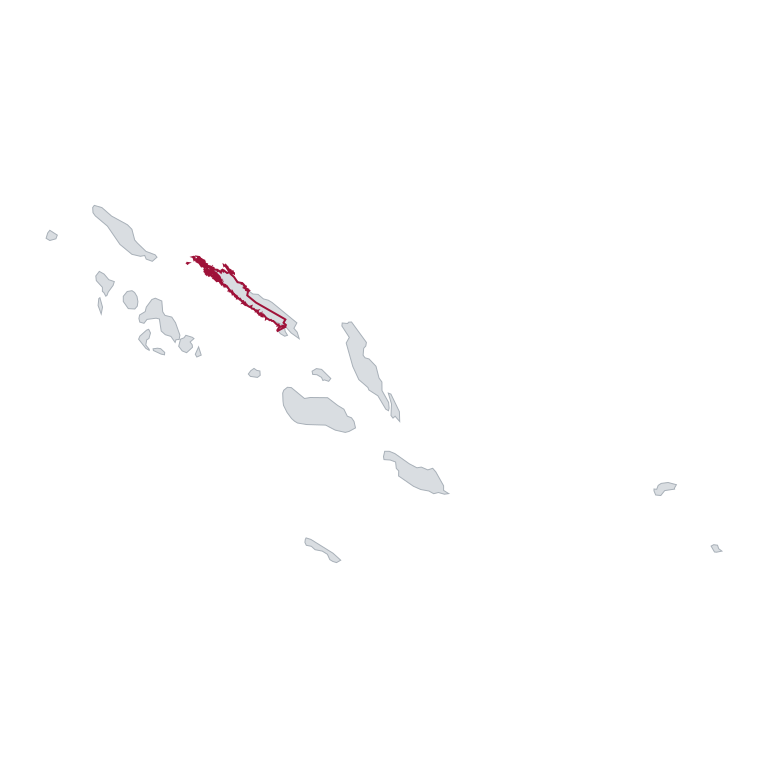 Hograno-Kia-Havulei, Isabel, Solomon Islands shown in context
{"feature_id": "97153195B62958617202697", "entity_name": "Hograno-Kia-Havulei", "entity_type": "district", "adm_level": 2, "iso_a3": "SLB", "parent_name": "Solomon Islands", "parent_adm1": "Isabel", "projection": "robinson", "projection_center": [158.602, -7.881], "detail": "fine", "context": "in_parent", "style": "outline", "palette": "rose", "viewbox_px": 768, "rotation_deg": 0, "n_neighbors": 0, "source": "geoboundaries", "source_scale": "gbopen_adm2", "svg_char_len": 9745}
<svg xmlns="http://www.w3.org/2000/svg" viewBox="0 0 768 768"><path d="M291.3,387.6L304.5,398.5L310.2,397.5L327.6,397.7L337.9,405.6L343.9,409.2L347.3,416.2L351.5,417.8L354.0,421.4L355.5,427.9L349.1,431.4L345.3,432.4L335.2,430.1L325.6,425.1L306.4,424.5L297.5,423.0L294.4,421.1L291.6,418.6L287.1,412.5L283.5,405.3L283.0,401.1L282.7,393.1L283.8,390.2L287.4,387.3L291.3,387.6ZM351.5,322.0L366.4,342.4L365.8,346.0L363.7,348.3L363.1,355.2L365.0,357.8L369.1,359.0L376.0,366.3L379.0,378.0L381.9,382.0L382.0,390.6L388.6,402.4L389.1,408.1L388.5,410.7L385.8,409.2L377.9,395.8L368.9,390.0L367.9,387.5L358.8,379.6L352.8,366.5L346.2,343.0L349.3,337.4L341.9,326.0L342.2,323.0L347.6,323.5L348.6,322.2L351.5,322.0ZM297.2,332.2L299.2,338.7L291.1,332.9L285.0,326.0L267.5,318.4L263.7,314.5L260.6,314.0L251.6,307.6L242.8,303.3L236.1,295.5L232.8,294.2L227.3,288.1L221.9,284.1L220.0,276.7L214.8,271.6L213.5,269.4L230.2,273.5L237.9,281.6L244.5,286.1L246.8,289.4L252.8,294.0L258.1,294.4L263.4,298.9L268.3,300.2L272.1,302.5L296.9,322.9L293.9,328.3L297.2,332.2ZM409.3,463.8L416.9,467.8L421.3,467.1L427.8,469.9L432.7,468.3L435.8,471.9L443.6,485.8L443.6,490.4L448.7,493.6L444.4,494.2L438.4,492.5L433.7,493.7L428.9,491.0L420.7,489.5L413.5,486.3L398.6,476.0L398.7,470.9L396.3,468.4L395.6,462.0L390.2,460.0L384.0,459.6L383.5,456.6L384.7,451.3L389.3,451.3L394.9,453.6L409.3,463.8ZM155.1,254.8L157.0,257.2L152.3,261.3L146.2,259.1L144.7,255.5L140.4,256.3L131.9,254.3L120.0,244.5L107.4,226.1L95.3,215.9L93.0,212.7L92.7,207.5L94.3,205.4L101.9,207.6L111.6,216.1L127.5,224.8L131.9,229.3L134.7,240.0L137.4,243.1L146.0,251.4L155.1,254.8ZM171.8,317.1L175.5,322.7L179.9,335.2L179.1,339.5L176.0,339.7L175.1,342.4L170.9,336.4L165.3,334.7L161.2,331.0L159.4,319.0L156.1,318.2L147.0,319.4L144.0,323.3L139.8,322.1L138.9,318.5L139.6,315.0L145.2,311.6L146.3,307.1L151.9,299.5L155.3,298.2L161.8,301.0L162.7,311.8L165.0,315.4L171.8,317.1ZM340.7,560.2L336.5,562.6L332.7,561.4L329.8,559.6L327.4,554.3L322.3,551.1L315.1,549.7L311.3,546.3L306.3,545.3L304.9,542.4L305.3,539.5L306.1,537.9L310.8,539.4L333.0,553.2L340.7,560.2ZM107.0,295.3L105.8,296.2L103.8,292.5L102.4,291.4L102.4,287.3L96.3,280.6L95.8,276.0L99.3,271.4L104.1,274.1L108.8,279.7L114.3,281.6L113.1,285.4L108.2,292.1L107.0,295.3ZM137.3,306.1L134.8,309.0L128.3,308.6L123.3,301.5L123.3,296.3L127.2,291.5L132.0,290.7L134.6,292.5L137.0,296.5L137.9,301.6L137.3,306.1ZM192.5,347.3L186.6,352.7L182.2,350.9L178.7,346.3L180.5,339.2L184.0,337.8L185.9,335.3L192.3,337.3L194.0,338.6L190.1,342.0L192.2,344.8L192.5,347.3ZM674.6,489.1L664.7,490.6L660.8,495.5L655.7,495.0L654.0,490.9L654.0,489.0L656.7,489.3L658.2,485.4L661.2,483.4L668.1,482.5L676.4,484.7L674.4,488.2L674.6,489.1ZM399.4,411.7L399.7,421.5L395.1,416.2L393.0,418.1L391.0,415.5L391.5,404.0L388.3,393.1L390.9,394.1L399.4,411.7ZM149.2,349.3L149.2,350.3L145.9,348.4L138.6,339.2L139.9,336.1L146.6,330.1L148.7,329.3L150.5,333.0L148.9,338.5L146.7,339.9L145.8,345.0L149.2,349.3ZM316.4,368.6L321.6,369.4L330.8,378.5L328.7,381.3L324.4,379.9L322.9,380.5L321.5,377.4L316.9,374.7L312.7,374.4L312.1,371.2L316.4,368.6ZM257.5,377.4L250.4,376.4L248.3,374.0L250.8,370.7L254.0,368.4L256.8,370.4L259.9,371.0L260.2,375.3L257.5,377.4ZM55.9,238.8L49.8,240.5L46.1,238.3L47.7,233.0L49.8,230.3L57.3,235.1L55.9,238.8ZM287.5,335.3L284.7,336.2L280.4,333.7L278.6,331.4L279.5,327.8L282.0,326.5L284.8,328.9L285.1,331.3L287.5,335.3ZM721.9,551.1L716.6,552.2L714.5,552.0L711.1,546.1L713.7,544.7L717.5,545.2L718.7,548.7L721.9,551.1ZM164.7,352.4L164.5,354.8L161.1,354.1L153.4,350.5L153.1,348.8L157.5,348.2L160.7,348.7L164.7,352.4ZM102.5,307.1L101.2,314.0L98.1,305.5L98.8,298.6L99.9,297.7L102.5,307.1ZM201.2,355.1L196.8,357.0L195.3,354.3L198.6,346.9L201.2,355.1Z" fill="#d9dde1" stroke="#a8b0b8" stroke-width="1"/><path d="M285.9,325.0L283.5,322.8L285.4,319.5L284.7,319.0L256.0,302.6L247.2,295.4L247.9,292.0L249.1,290.6L248.2,290.2L248.3,289.4L247.7,290.5L246.0,290.1L245.7,288.6L244.1,287.8L245.9,286.7L245.8,286.3L243.9,285.7L244.1,285.0L242.8,283.6L241.8,283.7L241.9,283.0L237.5,282.2L234.0,276.9L230.4,273.7L230.2,271.8L227.1,273.0L223.9,270.4L223.3,271.3L222.4,269.8L221.4,270.4L220.9,272.5L218.7,270.6L217.6,271.1L217.4,269.8L214.1,269.5L213.6,267.9L211.9,267.3L212.2,267.9L211.4,268.7L212.2,269.6L211.6,269.8L212.8,270.1L211.9,270.4L212.3,271.1L214.7,272.4L214.9,273.2L215.6,272.7L219.4,276.5L220.4,278.6L220.0,280.3L220.4,279.7L221.5,280.2L221.2,280.4L221.4,281.3L220.9,282.6L221.3,283.5L221.6,282.7L223.8,285.4L224.2,284.6L225.4,285.0L225.5,286.3L226.8,286.1L229.8,290.3L231.4,290.6L229.4,290.5L229.6,291.4L230.7,291.3L231.8,292.6L232.3,291.6L233.1,293.1L232.4,293.0L232.6,294.4L234.1,294.0L234.6,295.3L235.0,294.9L235.7,295.4L235.0,295.5L235.5,296.8L236.5,296.9L235.9,295.6L237.0,296.5L237.5,297.6L237.2,297.9L237.6,298.4L238.4,298.1L239.5,299.4L240.1,298.9L241.8,301.2L243.1,301.1L243.5,302.1L242.9,302.8L245.0,302.4L246.3,305.0L247.5,304.3L246.6,305.1L249.5,306.9L250.5,307.2L250.2,306.6L251.3,306.2L250.9,307.4L251.9,308.6L253.8,308.8L255.4,310.7L256.1,310.3L256.5,310.4L256.2,311.2L257.6,310.8L256.9,311.6L257.7,312.8L258.2,312.3L259.1,314.4L260.1,313.7L260.2,314.6L261.5,314.0L262.8,314.5L262.9,315.1L261.6,314.8L261.5,315.9L264.0,315.3L266.1,317.9L266.0,318.9L266.8,318.3L269.8,320.2L270.9,319.9L271.9,320.9L273.3,321.0L276.6,324.3L278.2,324.5L277.8,325.5L278.9,325.2L280.1,326.7L283.3,325.7L285.2,326.8L285.9,325.0ZM217.4,276.4L213.2,272.0L212.4,272.2L212.7,273.0L211.6,272.8L210.5,272.3L211.0,271.5L209.9,271.9L208.0,270.1L207.8,270.8L206.8,270.6L208.4,272.3L208.2,272.7L206.4,272.2L207.2,272.1L206.3,270.7L205.8,271.6L203.9,271.1L206.2,273.1L208.1,273.2L207.2,275.2L208.5,274.1L208.8,275.6L209.8,275.3L210.5,276.3L208.8,273.5L209.8,273.3L210.6,274.0L211.4,273.6L211.1,274.4L212.8,275.6L214.2,274.1L214.6,275.0L213.6,275.3L214.0,275.8L217.4,276.4ZM211.5,267.7L209.8,266.4L208.7,267.0L207.5,265.8L207.1,266.8L208.1,267.4L207.2,267.3L205.7,265.7L202.8,264.7L202.7,263.2L201.0,263.0L202.1,266.0L206.1,267.9L208.1,269.9L210.8,270.6L210.7,270.6L210.8,270.3L211.0,270.1L211.0,269.6L210.3,268.9L210.9,269.1L210.4,268.6L211.1,268.7L211.5,267.7ZM284.4,327.3L281.8,326.2L280.4,326.9L279.4,326.8L277.3,330.2L277.6,330.9L284.4,327.3ZM203.0,261.2L202.5,260.4L201.3,262.6L199.9,262.2L199.6,261.6L201.1,261.9L202.2,260.2L200.4,259.5L199.5,259.9L200.0,261.3L199.4,260.8L198.7,261.4L197.7,260.2L198.2,261.5L197.2,261.9L199.3,263.0L200.7,265.1L200.8,262.9L202.5,262.5L203.0,261.2ZM220.0,278.6L218.9,276.3L219.0,276.9L218.1,276.4L217.7,277.1L218.3,276.9L218.7,277.3L216.4,277.8L219.3,279.5L219.2,278.7L220.0,278.6ZM200.3,259.1L198.8,259.2L199.5,258.8L198.5,258.5L198.1,258.9L197.9,259.0L197.7,258.3L197.2,258.8L198.9,260.6L199.3,259.7L200.3,259.1ZM231.5,272.2L230.7,270.2L229.0,269.3L229.7,271.4L231.5,272.2ZM215.3,278.8L214.5,278.3L214.8,277.7L213.3,276.9L213.2,278.2L215.3,278.8ZM195.2,257.3L193.5,257.7L194.2,259.9L194.8,259.3L194.6,257.7L195.2,257.3ZM228.3,268.8L227.5,267.0L226.4,267.3L227.8,269.0L228.3,268.8ZM220.7,282.2L221.0,280.7L219.8,281.5L220.7,282.2ZM200.4,258.7L200.0,257.8L199.3,257.0L198.0,256.8L200.4,258.7ZM233.3,273.0L232.7,271.3L232.2,271.5L232.2,272.3L232.6,273.1L233.3,273.0ZM202.4,259.8L201.3,258.9L200.6,258.7L200.7,259.5L202.4,259.8ZM204.1,262.1L203.2,261.8L203.4,262.8L203.8,263.4L203.4,262.6L204.1,262.1ZM205.5,263.8L204.8,262.8L204.0,263.4L204.4,263.8L205.5,263.8ZM218.9,281.0L218.2,279.9L217.8,280.3L218.2,281.0L218.9,281.0ZM218.0,279.6L217.6,279.0L217.1,278.9L217.3,279.9L218.0,279.6ZM246.1,304.9L245.5,304.2L244.6,304.4L245.3,305.0L246.1,304.9ZM206.9,264.1L206.3,263.9L206.3,265.0L206.5,265.0L206.9,264.1ZM218.4,279.9L218.8,279.5L218.4,279.3L218.4,279.9ZM202.4,260.4L203.2,260.1L202.5,259.8L202.4,260.4ZM194.2,257.0L193.6,256.8L192.9,257.0L193.8,257.3L194.2,257.0ZM209.0,266.1L207.9,265.8L208.5,266.5L209.0,266.1ZM212.2,277.1L212.2,276.3L212.0,276.5L212.2,277.1ZM247.7,289.2L247.1,288.9L247.0,289.0L247.1,289.7L247.7,289.2ZM226.3,265.8L225.7,265.1L225.5,265.5L225.5,265.8L226.3,265.8ZM226.1,286.4L225.5,286.3L225.3,286.1L225.1,286.5L226.1,286.4ZM188.3,264.4L187.2,263.4L188.1,263.0L187.3,262.9L187.2,263.4L188.3,264.4ZM195.8,260.1L195.8,259.5L195.3,259.7L195.8,260.1ZM205.9,274.0L205.9,273.3L205.7,273.8L205.9,274.0ZM205.6,271.1L205.7,270.5L205.1,270.4L205.6,271.1ZM205.0,270.3L204.7,269.8L204.7,270.4L205.0,270.3ZM207.7,265.8L207.3,265.3L207.1,265.3L207.1,265.6L207.7,265.8ZM236.9,297.7L237.2,297.4L236.9,297.2L236.9,297.7ZM206.7,270.1L206.9,269.6L206.4,269.8L206.7,270.1ZM221.5,284.1L221.7,283.6L221.3,283.9L221.5,284.1ZM234.0,273.5L234.0,273.2L233.3,273.1L234.0,273.5ZM223.9,286.3L223.6,285.6L223.9,286.3ZM196.9,260.3L197.0,259.9L196.6,260.1L196.9,260.3ZM262.6,316.4L262.6,315.9L262.3,316.3L262.6,316.4ZM216.6,279.4L216.6,279.0L216.2,279.0L216.6,279.4ZM261.1,315.2L261.3,314.8L260.9,314.8L261.1,315.2ZM212.1,265.4L212.5,265.9L212.1,265.4ZM253.8,309.8L253.7,309.4L253.8,309.8ZM231.3,273.8L231.5,273.5L231.2,273.5L231.3,273.8ZM217.3,281.7L216.8,280.9L216.4,280.8L217.3,281.7ZM204.5,260.9L204.0,260.6L203.7,260.8L204.5,260.9ZM216.0,273.8L215.7,273.5L215.8,274.0L216.0,273.8ZM211.3,270.5L211.2,270.0L211.3,270.5ZM229.2,290.5L229.1,290.2L228.9,290.5L229.2,290.5ZM226.5,266.6L226.1,266.6L226.4,266.8L226.4,267.1L226.3,266.9L226.1,266.8L226.1,266.7L226.1,266.8L226.3,267.1L226.5,267.0L226.5,266.9L226.5,266.6ZM219.6,281.3L219.7,281.0L219.4,280.9L219.6,281.3ZM211.6,270.8L211.0,270.3L210.8,270.5L211.6,270.8ZM228.0,269.8L228.1,269.5L227.8,269.5L228.0,269.8ZM221.0,283.7L220.9,283.5L220.8,283.3L221.0,283.7ZM207.8,270.2L207.7,269.9L207.5,270.2L207.8,270.2ZM216.8,274.6L216.7,274.3L216.4,274.5L216.8,274.6ZM224.1,265.6L224.3,265.4L224.0,265.2L224.1,265.6ZM261.4,314.5L261.4,314.1L261.2,314.4L261.4,314.5ZM203.7,264.1L203.2,263.9L203.2,264.1L203.7,264.1Z" fill="none" stroke="#9f1239" stroke-width="2"/></svg>